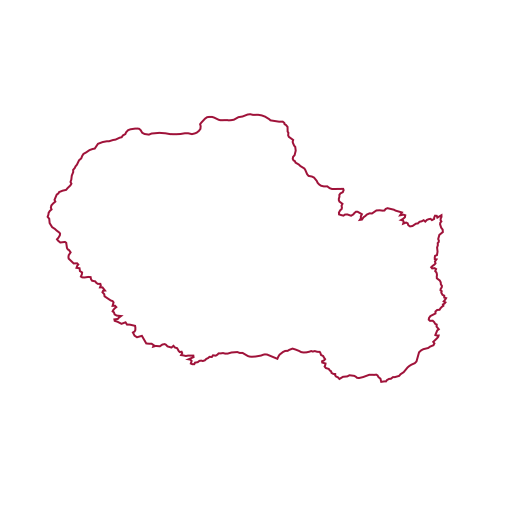 outline of Campos Lindos, Tocantins, Brazil, rotated 254°
{"feature_id": "56859067B95125652418549", "entity_name": "Campos Lindos", "entity_type": "district", "adm_level": 2, "iso_a3": "BRA", "parent_name": "Brazil", "parent_adm1": "Tocantins", "projection": "equal_earth", "projection_center": [-46.841, -8.215], "detail": "fine", "context": "isolated", "style": "outline", "palette": "rose", "viewbox_px": 512, "rotation_deg": 254, "n_neighbors": 0, "source": "geoboundaries", "source_scale": "gbopen_adm2", "svg_char_len": 6097}
<svg xmlns="http://www.w3.org/2000/svg" viewBox="0 0 512 512"><g transform="rotate(254 256 256)"><path d="M296.5,358.3L299.4,347.6L300.9,345.5L303.3,343.7L304.2,340.4L305.6,337.9L307.4,336.4L309.4,335.4L311.4,335.1L315.4,333.4L317.0,331.6L318.5,328.6L320.5,327.7L325.1,327.1L326.8,326.6L330.3,323.4L332.1,322.4L334.9,319.7L336.3,319.6L337.6,318.4L339.3,318.1L341.1,319.0L342.3,320.9L346.3,323.2L350.1,323.8L351.5,323.1L354.3,322.7L355.6,322.7L357.3,323.7L361.5,320.4L363.2,320.2L365.5,321.1L366.9,320.7L371.4,321.9L373.7,320.9L374.8,319.8L376.1,319.9L377.8,318.7L378.7,315.3L382.4,307.3L383.9,306.4L387.5,303.1L389.6,300.2L391.1,297.1L392.5,292.0L393.9,289.5L394.3,286.9L393.8,281.5L394.3,277.4L393.1,272.3L393.4,269.7L393.9,267.2L394.6,265.7L396.3,259.3L397.2,257.7L400.6,253.9L401.8,252.1L402.6,249.4L402.9,247.3L402.1,244.9L399.3,240.2L398.1,238.6L396.1,238.6L393.5,237.6L392.0,235.6L390.9,233.0L390.7,230.9L390.8,228.0L392.7,224.6L393.6,221.3L394.1,217.0L395.1,212.7L396.8,207.1L398.9,202.8L401.0,197.1L402.5,189.4L402.2,186.5L404.0,182.5L405.8,180.6L408.8,179.8L410.5,178.7L411.2,177.1L411.8,174.8L412.4,170.2L412.2,167.7L410.7,165.2L409.2,164.0L408.6,161.3L407.2,159.6L407.3,157.5L406.6,153.1L406.9,150.6L406.8,146.4L407.4,144.3L407.8,140.0L407.4,135.0L403.7,130.6L403.9,128.4L403.7,125.2L402.4,121.3L401.7,118.3L400.1,116.5L398.0,114.9L396.8,112.3L393.1,109.0L391.9,107.2L390.5,106.0L389.2,104.0L387.0,103.4L384.1,101.1L380.3,99.5L378.3,98.1L376.4,98.5L375.0,97.0L373.2,93.6L371.9,91.7L372.1,88.1L371.7,84.3L370.6,83.3L370.0,81.4L365.5,77.8L363.6,78.1L362.5,75.6L361.0,73.2L358.9,72.1L357.1,72.3L356.2,70.3L354.7,68.6L352.9,67.8L351.1,66.5L348.8,67.5L344.5,66.7L339.9,68.0L337.5,70.1L335.5,71.3L332.6,73.5L331.4,73.8L329.9,73.1L328.0,71.1L326.9,69.3L325.2,70.0L322.9,71.6L322.2,76.2L321.0,77.2L315.8,76.5L314.2,76.9L313.2,77.9L310.6,78.8L308.4,76.2L306.7,75.4L305.1,75.2L299.1,78.7L298.3,82.0L296.8,82.8L295.9,81.5L294.1,80.2L292.9,83.0L290.0,82.6L288.1,84.3L286.3,83.5L284.5,82.0L283.3,83.1L282.6,85.4L282.1,89.0L281.3,91.2L279.3,91.0L277.4,91.6L275.9,94.5L274.2,95.1L272.8,96.3L272.1,98.7L270.5,98.7L268.8,97.4L268.1,99.8L264.4,101.3L264.7,99.4L263.5,98.4L261.1,99.6L259.0,99.3L253.3,104.1L252.2,105.7L250.7,106.3L247.6,104.4L247.1,106.7L245.4,107.6L244.6,105.7L243.4,103.9L242.3,102.9L241.0,103.9L238.8,104.0L237.1,105.7L235.5,109.7L234.5,107.1L233.6,105.8L234.1,102.4L232.6,102.3L231.0,104.7L227.9,108.0L228.2,112.3L225.6,113.1L224.8,115.8L222.2,120.5L220.4,120.3L218.1,119.6L216.9,118.5L216.4,116.6L212.9,117.3L210.7,119.2L210.7,124.3L202.2,126.4L201.4,128.3L200.4,131.5L198.3,133.2L197.2,132.3L197.2,134.8L195.7,138.7L196.7,141.6L196.5,143.9L195.5,145.0L193.5,146.0L191.3,149.5L192.4,151.9L190.4,152.8L189.1,154.8L186.0,155.5L184.7,156.2L184.5,158.1L183.0,158.3L181.4,156.7L180.5,158.7L179.2,161.0L179.0,163.1L177.5,168.3L176.0,168.1L175.3,162.7L174.5,164.3L172.9,165.2L170.6,163.7L169.5,165.0L169.0,166.8L170.3,168.0L170.0,170.7L170.8,172.7L170.5,174.6L169.7,175.9L169.8,178.1L170.8,179.9L171.1,181.9L171.9,183.5L171.1,185.7L172.4,187.3L171.3,189.8L171.8,191.7L172.7,193.2L172.1,195.2L171.8,197.5L170.6,199.6L170.0,201.9L170.0,205.9L168.8,211.6L167.3,213.6L166.5,216.4L162.0,220.7L161.0,222.3L160.3,224.2L159.5,227.9L158.9,233.4L159.1,235.7L159.0,237.4L158.2,239.5L151.3,248.2L153.2,249.8L154.7,251.5L156.3,255.5L156.7,257.9L156.1,260.3L156.6,262.0L156.9,265.6L155.2,268.2L152.9,271.2L151.2,272.9L150.2,275.0L149.5,277.7L149.3,280.8L149.4,282.9L148.5,284.2L148.4,286.3L147.0,288.5L146.3,290.8L144.8,291.2L143.0,291.2L141.3,293.0L139.4,293.4L137.8,294.0L136.9,292.7L136.6,290.5L135.3,290.3L133.5,293.2L132.2,292.6L130.8,291.5L129.0,292.3L127.4,294.8L125.6,295.4L124.5,296.4L122.8,296.4L121.3,297.9L120.7,299.6L119.3,299.2L118.0,299.8L116.8,301.3L114.8,302.3L115.9,306.3L115.1,310.6L115.6,313.0L113.7,317.4L112.4,318.7L111.1,319.5L110.3,321.3L110.1,325.6L110.6,332.2L109.1,337.1L108.8,338.9L107.7,339.9L105.7,340.4L103.8,341.8L100.5,341.7L100.1,344.8L99.6,346.4L100.6,347.6L101.2,350.0L100.8,351.8L101.8,354.2L101.3,356.1L101.3,360.6L102.5,362.3L103.6,365.9L107.1,371.0L108.0,373.0L108.7,375.4L109.2,379.1L110.4,381.2L118.5,386.2L119.8,388.8L120.3,391.2L120.1,396.2L120.9,398.3L121.3,402.0L122.8,403.4L124.6,402.7L126.9,407.1L128.0,408.8L129.2,409.6L129.7,407.8L130.6,406.6L134.5,409.7L135.2,411.5L138.4,410.1L140.3,410.8L141.5,409.5L143.3,409.1L145.1,408.0L145.7,405.4L147.2,404.5L148.7,405.2L150.2,407.1L151.3,412.7L153.2,413.2L154.2,415.3L153.7,417.6L154.9,418.9L155.9,420.6L156.5,422.4L157.9,422.3L158.3,424.0L159.2,425.3L160.6,423.9L161.9,425.8L163.1,427.1L164.2,425.5L166.0,426.0L167.2,424.6L169.7,424.0L171.0,424.8L172.1,423.9L173.4,424.4L174.7,425.9L176.0,426.5L177.8,425.9L179.8,426.3L181.8,425.9L184.7,423.7L186.5,424.1L187.8,424.7L189.0,424.9L190.4,424.9L192.1,424.1L193.8,425.5L195.1,424.3L195.5,421.9L196.9,421.3L197.9,423.2L198.5,425.0L199.4,426.5L201.4,426.5L203.0,428.5L203.7,427.0L205.3,427.4L206.8,428.2L207.0,430.2L210.1,431.7L214.2,432.4L216.3,433.8L218.3,434.2L219.1,435.5L220.5,436.0L222.1,435.8L225.8,438.1L227.5,442.2L229.9,442.7L232.2,441.8L235.8,441.7L237.3,442.4L238.1,443.7L239.6,443.3L241.1,443.9L242.5,445.1L244.1,445.5L242.9,440.9L244.8,440.8L245.4,439.2L244.0,438.0L242.5,437.4L242.0,435.0L243.6,434.0L243.8,432.2L243.6,430.2L242.4,428.2L244.2,427.0L243.7,424.9L243.8,422.6L242.7,420.6L243.0,418.6L241.7,414.7L242.0,412.2L243.6,410.9L245.6,410.8L246.8,409.5L246.5,406.4L248.1,407.4L249.6,407.1L250.6,405.4L251.1,407.4L252.2,409.8L254.0,410.7L255.1,409.1L255.4,405.8L257.6,408.3L261.2,402.6L262.5,401.3L265.7,395.6L265.5,393.6L264.3,392.0L264.7,390.2L265.9,387.4L266.6,384.3L264.9,379.2L265.7,376.9L265.3,374.0L264.3,372.1L263.6,370.0L261.8,367.9L262.1,365.8L263.4,367.3L265.2,367.7L267.0,369.3L270.5,365.9L271.0,364.3L270.1,362.3L269.2,361.1L268.5,358.5L270.8,355.2L271.3,352.9L270.7,351.2L271.7,349.4L273.1,347.3L274.9,347.7L276.7,349.5L277.5,351.2L278.7,351.9L280.7,352.1L282.3,353.5L285.3,351.2L286.8,351.0L288.2,351.4L289.9,352.5L291.8,353.0L292.9,354.4L293.4,357.0L295.2,358.4L296.5,358.3Z" fill="none" stroke="#9f1239" stroke-width="2"/></g></svg>